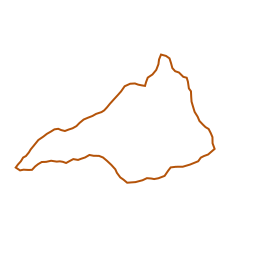 Marapoama, São Paulo, Brazil, rotated 23°
{"feature_id": "56859067B26576714107152", "entity_name": "Marapoama", "entity_type": "district", "adm_level": 2, "iso_a3": "BRA", "parent_name": "Brazil", "parent_adm1": "São Paulo", "projection": "robinson", "projection_center": [-49.151, -21.255], "detail": "fine", "context": "isolated", "style": "outline", "palette": "amber", "viewbox_px": 256, "rotation_deg": 23, "n_neighbors": 0, "source": "geoboundaries", "source_scale": "gbopen_adm2", "svg_char_len": 1467}
<svg xmlns="http://www.w3.org/2000/svg" viewBox="0 0 256 256"><g transform="rotate(23 128 128)"><path d="M183.0,87.1L179.5,82.9L176.2,78.9L174.0,74.6L171.6,69.6L168.6,67.8L165.0,61.9L162.4,58.8L158.9,59.3L153.2,57.0L149.2,57.3L145.4,55.5L142.2,51.4L139.0,47.7L134.8,46.8L129.7,47.5L129.8,52.8L131.1,57.4L131.3,63.5L129.6,69.2L126.5,73.9L126.7,78.7L127.2,82.6L123.9,83.4L120.5,84.1L117.0,84.3L112.7,86.4L108.6,90.9L107.3,97.1L105.5,102.4L103.8,107.2L101.9,112.7L100.6,117.2L99.2,121.1L97.4,123.7L93.1,127.5L90.6,130.8L87.2,134.1L83.9,137.5L81.4,142.3L79.8,146.4L77.1,149.9L74.1,152.5L71.1,155.4L67.4,156.0L64.1,156.0L60.8,158.0L58.5,161.3L55.6,165.1L53.5,168.9L50.2,174.0L48.9,178.5L46.8,185.7L46.3,189.2L45.0,193.7L43.0,196.2L42.4,200.5L40.9,204.8L40.1,208.3L45.2,209.2L48.1,207.2L52.8,205.5L56.0,204.0L57.5,199.8L59.3,196.5L61.9,193.0L65.8,191.2L70.0,188.2L75.5,186.8L78.3,185.3L81.2,184.6L84.7,184.4L86.8,181.7L89.8,178.0L94.5,176.9L96.8,174.7L100.0,171.9L103.0,167.9L107.3,167.0L112.1,165.0L116.5,164.9L121.4,166.4L127.1,168.5L132.5,171.0L135.3,173.6L140.2,176.5L144.0,177.3L148.6,178.7L151.7,177.1L156.0,174.9L161.8,170.4L165.0,166.8L169.2,165.4L172.0,164.8L175.6,162.4L180.4,157.8L181.7,151.4L182.7,147.6L187.2,145.0L193.6,142.2L199.3,137.5L205.6,131.2L206.6,126.8L208.9,124.1L212.1,121.1L215.9,113.4L211.8,109.0L209.3,103.4L206.2,100.4L202.6,97.4L199.0,96.9L195.6,95.6L191.0,93.6L187.7,90.4L183.0,87.1Z" fill="none" stroke="#b45309" stroke-width="2"/></g></svg>